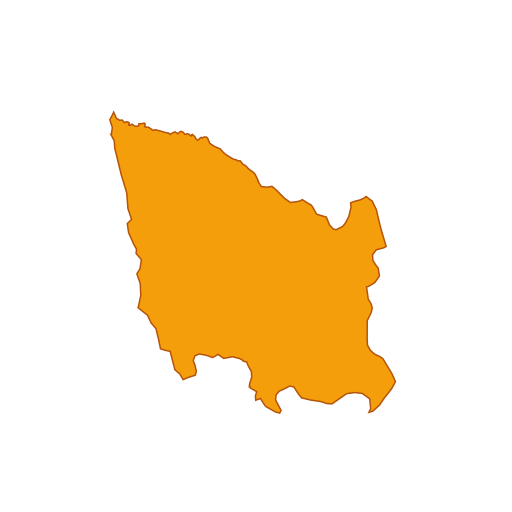 the district of Yeallequelleh, Bong, Liberia, rotated 156°
{"feature_id": "62588387B10021882083615", "entity_name": "Yeallequelleh", "entity_type": "district", "adm_level": 2, "iso_a3": "LBR", "parent_name": "Liberia", "parent_adm1": "Bong", "projection": "equal_earth", "projection_center": [-9.69, 6.817], "detail": "fine", "context": "isolated", "style": "filled", "palette": "amber", "viewbox_px": 512, "rotation_deg": 156, "n_neighbors": 0, "source": "geoboundaries", "source_scale": "gbopen_adm2", "svg_char_len": 3726}
<svg xmlns="http://www.w3.org/2000/svg" viewBox="0 0 512 512"><g transform="rotate(156 256 256)"><path d="M327.5,445.3L327.9,444.9L334.1,439.9L335.0,431.8L338.5,426.2L339.1,426.3L338.7,418.7L339.0,417.9L341.3,411.6L341.9,407.8L344.8,392.0L346.1,384.8L346.8,379.1L348.4,366.5L349.0,364.6L353.7,351.5L354.8,340.0L355.2,339.9L360.4,338.0L362.9,329.1L362.9,317.3L362.9,316.7L362.4,310.8L364.5,307.1L362.2,299.3L363.4,297.4L367.2,291.5L371.6,288.5L372.1,288.1L372.8,279.7L373.0,277.8L377.4,266.6L377.9,266.0L384.2,257.4L384.8,256.7L379.2,246.1L379.0,237.4L376.9,230.2L377.7,226.2L378.7,220.6L381.0,210.0L380.6,209.7L380.2,209.3L379.7,208.9L377.1,206.6L373.2,203.8L376.3,185.5L376.4,185.2L375.4,183.0L374.9,181.9L373.6,179.3L372.9,172.7L371.3,172.7L371.0,172.7L368.1,172.7L360.0,171.8L357.4,174.9L356.3,180.2L355.8,186.1L352.4,189.6L348.0,189.6L347.7,189.6L342.2,185.8L338.8,182.7L336.9,180.9L334.5,181.1L330.6,181.5L327.2,175.6L318.4,173.5L315.0,170.8L312.8,169.1L310.2,165.7L310.5,165.3L307.6,162.9L307.8,159.5L307.5,154.8L307.2,152.4L309.2,147.1L312.8,143.0L314.5,140.8L315.1,139.6L314.6,139.7L314.9,137.7L310.5,131.8L313.5,128.4L314.9,124.3L314.0,124.3L310.0,124.0L308.4,114.7L305.9,111.3L301.5,105.4L298.2,102.9L295.9,104.8L296.6,115.9L296.6,116.6L294.1,121.0L289.5,123.1L286.3,123.1L282.3,123.2L278.1,123.5L274.7,121.0L273.7,114.8L273.3,112.6L272.1,107.9L265.0,102.4L256.2,96.8L252.6,93.6L251.3,92.4L246.7,90.0L229.1,93.4L225.5,92.3L221.1,91.0L219.0,89.7L214.8,87.2L214.6,86.9L213.8,85.5L210.2,79.2L213.4,69.8L216.4,67.3L212.5,66.7L203.9,69.5L196.3,74.2L186.2,79.5L179.7,84.5L179.7,92.0L179.7,93.2L181.8,110.3L182.8,112.2L183.7,113.7L185.5,115.7L187.6,118.1L189.9,123.3L190.4,129.3L187.6,136.4L186.4,139.0L185.4,141.2L183.9,144.5L180.7,151.7L174.4,156.9L174.0,157.3L171.3,160.7L171.0,161.0L170.3,165.4L171.0,171.0L169.5,176.0L169.2,177.2L167.6,182.8L165.3,182.5L158.3,183.4L151.4,187.5L150.8,189.6L149.3,195.3L149.8,197.2L150.3,199.3L151.0,204.6L148.9,209.9L148.6,210.0L143.6,212.7L135.7,211.5L133.2,211.8L130.9,229.5L129.5,237.3L128.4,243.3L127.2,249.4L127.4,254.8L127.4,255.1L127.5,259.0L129.1,261.5L130.2,263.7L131.2,265.6L132.9,265.2L134.4,264.9L138.3,264.9L141.6,265.5L143.2,265.8L148.0,266.1L149.2,262.1L152.9,257.3L155.2,254.3L160.7,249.9L164.3,248.0L164.9,247.8L172.3,247.4L174.6,249.6L176.2,254.6L176.0,261.5L176.0,263.0L183.6,269.5L183.7,270.4L184.3,277.2L184.8,280.0L185.3,280.7L188.0,284.4L190.8,288.7L193.6,288.4L197.5,289.3L202.8,290.9L206.5,297.1L207.7,300.3L209.1,303.9L209.5,305.1L211.4,309.8L213.2,313.2L217.6,314.2L221.2,316.3L222.9,317.3L223.5,321.4L223.7,323.6L223.4,323.6L223.5,329.9L223.6,331.2L224.3,333.3L227.3,338.5L228.7,342.6L230.7,345.3L230.9,346.3L231.8,349.6L233.6,350.0L234.9,351.9L237.1,353.5L239.5,356.7L242.6,361.5L243.9,364.5L245.1,368.3L249.7,373.4L252.4,377.6L252.3,379.1L252.4,381.0L252.2,382.7L252.8,384.7L254.9,385.8L257.2,385.8L257.9,386.7L259.8,386.3L260.9,385.6L261.9,385.7L262.3,385.7L263.2,387.2L263.3,389.3L263.4,390.3L264.3,391.7L264.3,392.4L264.7,393.0L265.3,393.0L266.0,392.3L266.4,392.0L267.1,392.9L267.5,394.2L268.4,395.0L269.2,395.8L270.8,395.8L271.7,396.2L272.0,398.1L272.8,399.5L274.4,400.6L275.1,400.3L276.5,399.8L277.6,399.5L278.4,400.8L279.7,402.4L281.6,402.4L283.4,402.3L284.9,401.9L285.7,403.7L289.0,406.0L290.8,407.6L292.4,409.0L296.6,412.3L298.8,412.5L300.2,414.8L301.8,417.3L304.7,419.0L305.1,419.7L303.6,421.5L304.0,422.9L305.2,423.1L306.7,423.4L309.1,424.5L309.9,423.1L311.1,422.6L311.3,422.6L313.7,423.8L314.8,425.3L315.6,426.8L318.1,426.7L319.1,427.3L318.0,428.3L317.7,429.4L318.8,430.9L320.4,431.4L321.8,431.2L322.5,433.3L323.1,434.8L323.9,434.9L325.7,435.7L326.0,436.6L327.5,438.2L327.5,445.3Z" fill="#f59e0b" stroke="#b45309" stroke-width="1.5"/></g></svg>